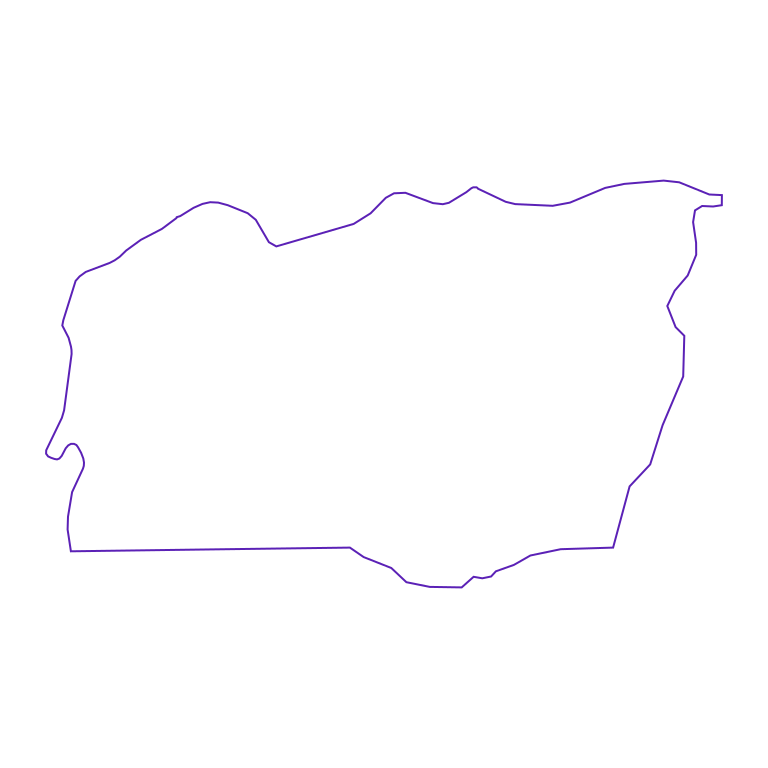 Mali, Robinson projection
{"feature_id": "GIN-5652", "entity_name": "Mali", "entity_type": "Prefecture", "adm_level": 1, "iso_a3": "GIN", "parent_name": "Guinea", "parent_adm1": "", "projection": "robinson", "projection_center": [-12.225, 12.042], "detail": "fine", "context": "isolated", "style": "outline", "palette": "violet", "viewbox_px": 768, "rotation_deg": 0, "n_neighbors": 0, "source": "natural_earth", "source_scale": "10m", "svg_char_len": 1413}
<svg xmlns="http://www.w3.org/2000/svg" viewBox="0 0 768 768"><path d="M663.7,180.6L679.2,182.3L709.3,194.5L721.9,195.1L721.8,205.2L713.1,206.5L702.1,206.0L695.0,210.4L693.1,222.1L696.1,242.8L696.2,254.8L687.7,275.5L674.7,290.7L667.3,306.0L675.6,327.1L684.3,335.8L683.2,376.5L662.6,425.2L650.2,464.4L629.6,486.4L618.6,527.2L613.1,547.6L560.7,549.2L530.4,555.5L513.9,564.9L495.9,571.3L491.1,576.5L482.3,578.3L473.6,576.8L461.7,587.4L429.8,586.9L406.4,582.2L391.3,568.0L363.7,557.1L349.9,547.6L296.2,548.3L212.2,549.4L70.9,551.3L67.6,529.5L68.0,516.7L72.1,492.1L83.0,468.6L83.8,465.9L84.0,462.6L83.3,458.5L81.1,452.8L78.0,447.2L76.4,445.0L74.1,443.9L70.9,443.9L68.2,445.4L65.7,448.3L61.7,455.9L59.4,458.5L57.1,459.4L54.6,459.0L51.1,457.8L48.1,456.4L46.1,453.7L46.2,450.3L61.9,417.8L64.1,410.3L71.6,354.0L71.5,350.0L71.0,346.7L68.6,337.8L62.3,325.5L63.3,320.3L75.6,280.9L79.6,276.4L85.8,271.9L109.7,262.9L114.7,260.3L119.8,256.7L126.2,250.5L140.9,239.8L161.9,228.9L176.4,218.1L176.7,217.2L180.2,216.1L193.6,207.8L202.5,203.9L210.2,202.2L218.2,202.6L227.8,205.2L247.7,213.2L255.8,219.8L268.9,242.2L276.3,246.4L353.7,223.9L370.6,213.3L385.8,197.8L394.0,193.3L405.4,192.8L433.0,203.1L442.8,204.2L448.9,202.8L466.3,192.2L471.4,188.2L473.3,187.3L476.5,187.3L477.4,187.9L478.0,188.7L505.7,201.8L515.2,204.1L552.7,205.8L570.0,202.6L605.2,187.9L624.3,183.9L663.7,180.6Z" fill="none" stroke="#5b21b6" stroke-width="2"/></svg>